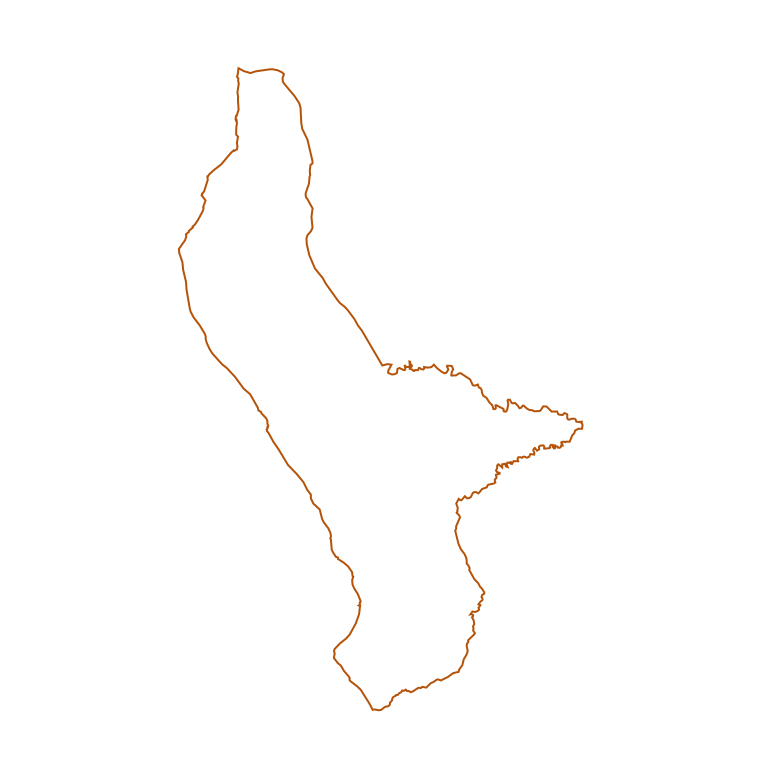 Lautém, Lautém, East Timor, rotated 266°
{"feature_id": "22284137B78833871172178", "entity_name": "Lautém", "entity_type": "district", "adm_level": 2, "iso_a3": "TLS", "parent_name": "East Timor", "parent_adm1": "Lautém", "projection": "orthographic", "projection_center": [126.918, -8.447], "detail": "fine", "context": "isolated", "style": "outline", "palette": "amber", "viewbox_px": 768, "rotation_deg": 266, "n_neighbors": 0, "source": "geoboundaries", "source_scale": "gbopen_adm2", "svg_char_len": 6121}
<svg xmlns="http://www.w3.org/2000/svg" viewBox="0 0 768 768"><g transform="rotate(266 384 384)"><path d="M332.6,578.6L332.5,575.5L333.0,573.2L335.2,572.7L336.0,571.8L336.3,569.1L335.5,566.3L335.8,565.2L337.2,564.4L340.8,564.7L341.4,564.0L342.4,561.9L340.6,560.0L341.3,556.4L341.6,555.8L344.5,554.7L344.8,549.3L350.2,544.6L350.6,541.3L346.8,538.4L346.2,537.3L346.2,535.8L346.3,531.9L347.7,529.7L347.7,527.7L349.3,525.1L352.6,521.9L352.7,520.8L350.7,519.1L350.4,517.4L352.7,516.2L355.9,513.5L355.7,511.2L356.3,510.0L359.6,508.4L359.6,506.6L358.9,506.1L355.2,506.6L349.9,505.1L348.1,504.0L348.1,502.1L349.0,501.3L350.4,501.6L351.0,501.2L355.0,494.5L355.0,493.8L351.8,493.8L351.1,492.7L351.4,491.4L355.3,490.5L358.2,487.9L363.0,485.3L365.5,482.1L368.8,481.1L370.9,481.1L372.9,480.2L373.9,478.4L376.9,477.6L376.0,474.6L376.6,472.5L382.6,470.2L389.5,461.1L389.2,459.2L387.6,456.5L387.7,452.0L388.1,451.7L391.3,452.5L393.8,454.0L396.9,453.1L397.5,452.0L397.8,448.3L397.2,448.0L394.0,449.2L391.0,447.1L390.5,445.1L392.0,442.6L395.9,438.2L399.8,435.1L397.5,432.4L397.3,428.7L398.1,425.2L396.7,425.3L395.7,424.1L396.3,422.0L397.6,420.5L397.5,419.9L395.4,418.8L395.8,416.2L395.6,415.5L395.0,415.3L395.0,414.3L396.5,412.9L397.4,410.7L398.5,411.2L399.2,412.6L400.4,413.2L401.8,411.8L404.3,411.6L404.6,410.9L400.6,411.1L399.2,409.9L399.5,407.1L401.5,405.8L397.7,406.4L396.5,405.7L396.5,404.7L398.9,400.5L398.1,398.5L394.1,397.7L393.1,395.4L392.9,392.7L394.6,389.2L395.1,388.8L397.4,389.4L402.7,392.8L403.6,389.0L402.6,383.6L438.9,365.6L444.2,362.1L450.7,359.1L460.1,353.1L463.7,350.2L467.7,345.8L470.8,343.6L488.4,332.8L493.9,330.3L504.0,323.2L517.6,318.5L528.8,316.7L534.6,316.8L537.7,318.0L541.5,321.8L544.8,323.6L555.8,323.3L564.1,325.0L574.3,320.3L575.5,319.3L577.7,319.0L579.8,319.2L589.1,323.1L596.0,324.2L597.5,324.9L601.7,324.8L607.6,325.9L609.1,328.1L611.2,328.2L633.1,324.7L644.4,320.2L649.9,319.7L665.5,320.0L670.1,319.0L677.7,314.7L691.0,305.0L692.9,304.2L696.2,304.1L700.1,305.8L702.0,304.0L704.4,299.8L705.7,295.0L705.9,291.9L704.8,277.5L703.5,272.6L705.8,266.2L709.1,260.9L702.3,259.5L700.8,258.7L699.1,260.0L696.5,259.6L693.9,260.1L685.0,258.1L681.1,258.5L676.8,258.1L667.9,258.1L661.6,255.6L661.6,255.0L658.4,254.4L657.7,254.6L658.4,255.1L657.7,255.4L654.4,255.5L650.5,254.6L643.1,253.9L640.9,255.6L634.7,254.1L630.9,254.4L628.4,253.7L627.0,250.8L627.5,250.3L625.2,247.4L614.4,236.9L609.2,229.1L605.3,224.2L603.7,223.1L603.5,222.3L599.8,222.4L596.8,221.2L588.5,217.9L586.5,215.7L585.9,215.9L585.0,215.2L579.6,218.8L573.0,215.9L572.3,216.3L569.5,215.5L560.5,209.8L556.3,206.5L554.4,204.1L553.6,204.4L550.3,200.0L549.3,199.9L547.2,196.9L545.1,197.1L541.5,195.7L533.0,188.8L529.0,188.9L519.6,191.4L512.0,191.6L499.8,193.6L491.8,193.6L472.3,195.6L469.5,196.2L463.6,198.8L455.6,204.1L446.7,208.7L443.9,209.5L441.5,209.2L437.5,210.0L430.9,212.5L426.4,214.9L415.0,223.8L410.9,228.3L401.5,235.9L389.1,243.7L383.2,249.7L369.1,256.5L366.4,256.9L364.7,259.4L363.3,259.7L358.0,264.1L355.3,265.1L352.1,264.9L350.5,265.7L349.5,265.4L349.2,264.6L348.0,264.8L346.9,263.7L345.1,264.1L343.3,265.4L333.9,269.7L325.8,274.5L309.9,282.6L300.0,290.9L291.7,296.8L283.8,300.0L278.9,303.3L274.9,303.1L269.6,305.2L263.4,311.1L253.4,312.9L249.7,314.6L244.1,318.3L239.1,320.2L236.0,320.5L233.6,319.7L232.5,320.2L222.3,320.3L219.4,321.5L214.9,324.0L214.2,325.9L212.6,325.9L208.6,331.4L204.5,335.5L198.6,339.0L194.4,339.3L193.9,339.9L190.8,338.6L186.3,338.6L182.5,339.9L176.1,343.3L168.7,345.6L167.5,344.5L166.5,344.8L165.4,344.0L164.9,344.4L164.7,343.7L164.2,344.6L156.2,343.1L147.2,339.2L136.4,332.3L132.7,328.4L128.3,322.0L123.0,316.2L121.1,315.5L118.5,316.0L114.3,314.9L109.0,318.3L106.0,321.4L100.8,323.9L94.6,328.5L93.1,329.3L91.3,328.9L90.3,329.4L84.0,336.4L80.5,339.5L66.4,347.1L59.7,350.0L60.1,351.7L58.9,355.9L59.1,358.5L61.5,361.9L62.1,363.3L62.1,365.3L63.5,367.4L65.6,367.7L67.9,370.0L69.4,370.2L71.0,371.3L72.2,373.8L72.8,374.1L72.9,376.0L74.5,377.6L75.2,379.4L77.0,380.8L76.5,382.4L77.6,384.4L76.2,385.4L76.1,387.2L74.7,389.1L75.4,391.5L78.6,397.2L78.1,399.5L79.2,401.0L78.2,405.0L82.2,409.6L83.2,412.4L85.5,416.2L85.4,417.7L84.3,420.0L87.2,427.1L90.8,432.9L91.6,438.3L94.0,439.2L98.2,442.6L103.7,444.3L108.2,447.4L111.7,448.9L117.0,448.2L119.2,448.7L120.7,450.1L122.4,450.0L128.1,456.7L129.1,457.3L131.9,455.7L134.4,456.3L135.8,455.8L138.2,457.3L142.2,456.9L145.1,455.5L145.9,456.5L147.3,456.8L148.2,455.3L148.1,454.1L150.9,456.4L150.2,459.0L150.9,461.4L151.9,462.8L152.6,463.1L154.1,462.7L156.6,464.7L157.6,462.9L160.2,465.1L161.5,467.1L162.7,467.4L164.8,466.4L166.8,467.3L167.9,469.4L169.1,469.5L173.5,467.2L174.7,465.9L178.7,464.1L183.0,460.5L192.7,456.0L194.3,456.6L195.0,456.4L197.6,455.2L198.9,454.0L202.9,454.2L205.2,453.8L208.7,452.5L214.1,449.0L219.6,447.1L232.7,444.8L234.6,445.9L236.9,446.0L245.7,450.5L247.6,449.9L250.5,447.5L251.5,448.4L252.3,448.2L255.0,449.0L259.7,447.7L264.2,450.6L262.9,451.8L262.6,453.1L266.4,456.9L264.2,458.8L264.2,461.0L265.3,462.8L269.1,465.0L269.8,466.1L269.7,468.3L268.3,470.6L272.5,474.7L273.7,479.3L275.2,479.9L276.3,481.1L277.0,486.3L277.9,488.2L280.6,487.7L282.8,489.8L285.7,489.3L286.5,493.1L287.3,493.1L288.3,490.6L289.8,489.7L292.2,491.0L294.7,491.2L295.7,492.1L295.9,492.6L292.4,496.1L295.6,496.3L296.0,499.1L293.3,499.9L292.5,501.6L295.8,500.7L297.1,501.8L296.3,503.8L297.2,504.4L297.3,505.1L295.4,505.4L295.3,506.1L298.0,507.9L297.6,512.4L300.1,512.0L301.5,512.8L301.5,514.9L300.7,516.4L301.6,517.4L301.8,518.7L300.5,521.5L301.4,523.8L303.9,525.1L303.1,528.9L304.6,529.2L307.4,528.3L308.9,528.9L309.7,530.0L306.8,532.0L308.0,534.2L310.7,534.2L311.7,536.0L311.6,538.9L310.0,539.5L308.4,539.3L308.3,539.8L308.5,544.6L309.0,545.4L310.5,545.2L311.7,546.5L311.5,547.9L309.2,548.1L307.9,549.1L307.9,550.0L308.5,550.3L310.3,549.5L310.8,549.6L310.9,550.3L309.8,551.3L309.5,552.8L308.4,553.1L308.1,554.8L308.6,555.8L310.4,556.5L310.1,557.9L311.2,557.9L313.1,556.7L313.6,557.0L314.0,559.3L313.3,560.7L313.8,561.9L313.5,565.2L319.6,568.2L321.4,570.2L324.4,571.6L325.8,575.0L325.5,578.4L329.0,579.2L330.6,578.9L331.3,578.2L332.6,578.6Z" fill="none" stroke="#b45309" stroke-width="2"/></g></svg>